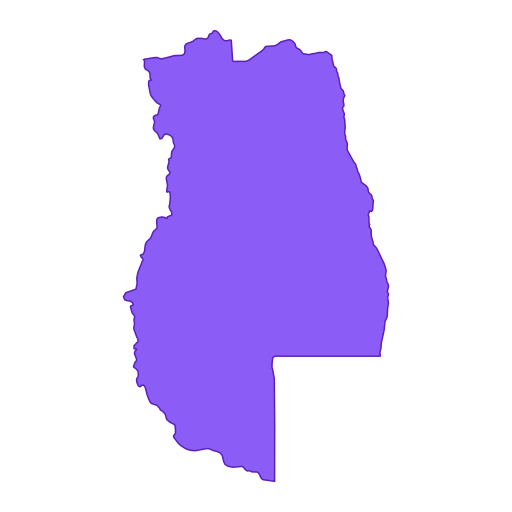 map outline of Mendoza (Natural Earth projection)
{"feature_id": "ARG-1275", "entity_name": "Mendoza", "entity_type": "Province", "adm_level": 1, "iso_a3": "ARG", "parent_name": "Argentina", "parent_adm1": "", "projection": "natural_earth1", "projection_center": [-68.979, -34.756], "detail": "fine", "context": "isolated", "style": "filled", "palette": "violet", "viewbox_px": 512, "rotation_deg": 0, "n_neighbors": 0, "source": "natural_earth", "source_scale": "10m", "svg_char_len": 5989}
<svg xmlns="http://www.w3.org/2000/svg" viewBox="0 0 512 512"><path d="M160.0,138.9L157.9,134.1L157.2,133.0L155.0,131.1L154.0,129.9L153.4,128.5L153.4,126.9L154.6,122.2L154.3,120.6L153.7,119.3L153.3,117.9L153.8,116.3L154.8,115.5L156.9,115.0L157.8,114.3L158.3,113.0L159.0,109.6L159.4,108.1L160.5,105.9L160.5,104.9L159.6,104.2L158.1,103.6L157.0,102.8L154.8,100.6L151.3,96.2L150.3,93.8L148.6,85.1L148.6,83.2L148.7,81.7L148.9,81.1L149.3,80.4L150.8,80.4L151.4,80.1L150.1,78.0L150.0,76.6L150.1,75.1L149.9,73.4L149.1,71.7L148.1,70.8L145.5,69.3L144.3,66.8L144.5,60.9L143.6,59.6L144.4,59.2L154.4,57.6L157.1,57.5L158.7,58.2L161.7,58.9L174.5,55.6L182.1,55.3L182.6,55.1L183.4,54.6L183.8,54.2L184.2,53.9L184.6,53.1L184.9,52.1L185.0,51.1L184.7,46.6L184.8,46.1L185.2,45.2L185.9,44.2L186.2,44.0L187.2,43.4L191.2,42.1L192.6,41.4L193.4,40.9L195.1,39.5L196.3,38.7L196.7,38.5L198.4,38.3L202.0,38.4L205.3,39.1L207.0,38.6L207.4,38.3L207.9,37.8L208.1,37.4L209.0,35.2L209.5,34.3L209.7,34.1L210.6,33.7L211.4,33.6L211.8,33.3L212.2,33.1L213.3,31.2L214.0,30.8L214.6,30.7L215.7,30.9L216.6,31.2L217.2,31.7L218.1,32.5L220.7,35.9L221.4,37.4L222.3,38.7L223.6,40.0L224.5,40.5L226.7,40.8L229.9,40.0L230.7,40.0L231.1,40.2L231.3,40.4L232.6,60.5L233.0,61.1L233.6,61.4L246.6,61.3L249.9,59.4L261.5,51.1L263.7,49.2L264.6,47.7L265.2,46.9L266.0,46.4L274.0,45.9L275.4,45.5L277.7,44.4L280.3,42.2L281.0,41.8L288.3,39.8L290.6,39.9L292.9,41.4L294.6,43.3L295.3,44.4L295.9,47.1L296.7,47.9L299.2,49.2L300.1,49.9L300.9,50.8L302.5,53.2L303.0,53.6L309.1,54.7L310.2,54.2L310.6,54.1L311.2,54.2L312.3,53.7L312.8,53.7L314.7,53.5L318.6,52.5L322.9,52.5L323.9,52.4L324.6,52.1L325.2,51.5L326.9,51.9L331.8,55.4L332.0,58.8L333.8,66.3L335.3,67.3L335.9,68.1L336.5,69.0L336.6,69.6L336.5,71.0L336.7,71.5L337.1,72.1L337.5,72.8L337.7,73.5L338.0,75.7L338.9,78.1L339.1,79.2L339.2,80.4L340.5,86.9L340.9,88.0L341.4,88.9L342.2,89.8L342.9,90.4L343.4,91.1L343.6,92.5L343.9,93.8L344.5,94.7L344.8,95.6L343.6,98.1L343.3,100.3L343.1,101.0L343.9,104.4L343.8,106.3L342.8,107.1L342.5,108.1L343.0,110.3L344.3,113.8L344.3,114.7L344.0,116.2L343.9,117.1L344.1,118.0L344.7,119.6L345.2,126.9L344.7,133.3L345.2,135.4L345.6,136.2L345.6,139.1L347.1,142.8L347.4,144.4L347.1,147.9L347.2,149.4L347.8,151.2L354.0,162.3L355.3,163.7L355.7,164.5L356.5,167.4L356.9,168.0L357.8,171.6L359.3,174.4L360.9,179.8L361.0,181.3L361.5,182.3L362.7,183.3L365.0,184.9L366.1,185.8L367.1,187.0L367.9,188.4L368.5,192.1L369.4,193.2L370.4,194.0L371.3,194.8L371.8,196.0L372.2,198.5L373.4,200.5L373.4,201.8L373.0,204.2L372.8,208.5L372.5,210.2L371.6,211.4L371.1,211.4L370.2,210.8L369.8,210.8L369.6,211.2L369.4,212.2L368.4,213.8L368.3,214.9L368.9,216.9L369.0,223.1L369.7,224.6L368.9,226.3L369.5,227.3L370.5,228.3L371.1,229.8L371.4,236.7L373.0,241.8L373.2,243.6L373.7,244.9L376.7,248.3L384.3,264.0L386.0,269.8L386.1,271.5L385.5,275.6L385.7,276.7L386.6,279.7L386.8,281.2L387.0,282.1L388.2,284.5L388.5,285.8L388.4,287.2L387.2,291.9L387.9,292.8L388.3,293.5L388.5,294.1L388.4,295.1L387.6,297.1L388.3,302.1L388.4,303.4L387.6,308.4L387.3,315.6L387.0,317.2L385.0,321.7L384.2,329.8L381.4,342.6L380.9,348.4L380.0,352.2L380.0,353.5L380.4,356.1L380.7,356.2L352.0,356.2L275.1,356.2L273.8,356.8L272.7,357.9L272.1,363.3L272.0,366.6L272.1,367.8L272.5,368.8L274.3,378.5L274.7,423.2L274.6,481.3L263.1,479.7L262.1,479.1L260.9,477.7L258.9,473.5L258.0,472.5L256.8,472.0L252.5,471.9L251.8,471.8L250.4,471.0L249.7,470.8L247.6,470.9L246.9,470.8L245.6,469.9L243.2,467.0L241.9,466.4L233.6,467.2L230.3,466.8L227.1,465.8L224.9,464.2L223.7,461.6L222.2,455.5L220.5,453.2L219.3,452.5L216.2,451.2L213.5,450.7L209.4,448.8L206.7,448.6L195.3,450.7L191.9,450.5L188.6,449.8L185.9,448.8L180.8,445.6L178.5,443.5L173.9,437.5L173.5,436.4L173.7,435.5L174.8,434.2L175.3,433.4L175.4,432.5L175.4,430.9L175.7,430.1L175.3,429.0L175.1,425.6L174.1,424.3L173.1,423.9L172.0,423.2L170.1,422.4L167.5,420.2L166.9,419.5L166.5,418.8L165.7,415.7L165.1,414.1L164.3,413.0L162.1,411.0L160.6,410.1L160.3,409.8L159.4,407.9L158.0,406.5L157.1,405.4L156.7,405.2L151.9,403.6L151.2,403.2L150.9,403.0L150.1,401.9L148.7,399.1L146.8,393.9L146.6,392.7L145.1,387.1L144.5,386.2L143.8,385.5L143.3,385.2L142.8,385.1L142.3,385.1L141.9,385.2L141.6,385.4L140.8,386.4L140.5,386.6L140.1,386.7L139.3,386.5L138.9,386.3L138.3,385.7L137.7,384.4L136.9,382.4L136.6,380.9L136.6,379.5L136.7,378.8L136.9,378.3L137.8,377.4L137.9,377.0L138.1,376.5L138.2,375.6L138.2,373.2L138.1,372.3L138.0,371.7L137.5,370.5L137.2,370.1L136.3,369.0L133.8,367.2L133.4,366.6L133.9,365.6L134.7,363.0L135.1,362.2L136.2,361.0L136.7,359.9L136.4,358.7L134.5,353.7L134.5,352.8L135.0,351.3L135.4,350.8L135.9,350.4L136.3,349.9L136.4,349.3L135.9,348.7L134.5,348.9L134.0,348.5L134.0,345.7L138.1,341.4L137.8,338.8L136.8,337.1L133.8,328.9L133.8,327.6L134.4,324.7L134.4,323.1L134.0,319.9L134.7,316.5L134.1,315.3L133.2,314.3L132.2,312.9L130.6,307.6L130.5,306.4L131.2,305.7L132.5,305.3L133.3,304.6L132.5,302.6L130.2,301.1L127.3,300.7L124.7,299.8L123.5,296.7L125.8,292.7L135.9,289.2L137.1,283.7L136.8,277.8L138.0,272.1L143.0,259.6L142.7,258.6L141.9,257.9L141.0,256.8L140.4,255.4L140.8,254.9L141.9,254.6L143.2,253.9L144.5,251.4L145.2,245.2L146.1,242.5L147.3,241.1L150.0,238.7L151.1,237.1L152.6,233.2L153.5,231.4L156.5,228.7L157.1,227.2L157.0,225.4L156.7,223.0L156.7,220.6L157.1,218.8L158.2,217.7L161.6,217.0L163.0,217.1L164.3,217.4L166.7,218.3L167.0,218.0L167.1,217.4L167.3,217.0L171.8,214.9L172.0,214.1L171.5,212.2L169.9,209.1L169.4,208.0L169.1,206.6L169.2,205.9L169.4,205.2L169.7,204.0L170.3,197.9L170.2,194.1L169.6,192.0L168.4,191.7L167.3,192.1L166.7,191.8L166.8,189.6L167.4,186.4L167.5,185.0L166.3,178.7L166.4,177.0L166.9,176.1L169.1,174.2L169.9,173.3L169.9,172.1L168.1,169.5L167.6,168.2L167.7,166.6L169.0,162.0L169.0,161.2L168.8,160.5L168.6,159.8L168.9,158.9L169.3,158.6L170.6,158.1L171.1,157.8L171.3,156.8L171.5,153.1L171.8,151.7L172.4,150.5L174.1,148.2L174.6,147.0L174.6,145.4L173.4,142.6L172.8,138.2L171.3,136.2L169.2,134.9L166.8,134.0L164.5,134.4L161.7,138.6L160.0,138.9Z" fill="#8b5cf6" stroke="#5b21b6" stroke-width="1.5"/></svg>